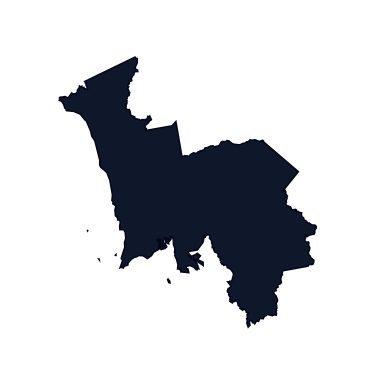 outline of Lockhart River, Queensland, Australia, rotated 165°
{"feature_id": "25037944B30530613092043", "entity_name": "Lockhart River", "entity_type": "district", "adm_level": 2, "iso_a3": "AUS", "parent_name": "Australia", "parent_adm1": "Queensland", "projection": "orthographic", "projection_center": [143.259, -13.018], "detail": "fine", "context": "isolated", "style": "filled", "palette": "ink", "viewbox_px": 384, "rotation_deg": 165, "n_neighbors": 0, "source": "geoboundaries", "source_scale": "gbopen_adm2", "svg_char_len": 6042}
<svg xmlns="http://www.w3.org/2000/svg" viewBox="0 0 384 384"><g transform="rotate(165 192 192)"><path d="M296.5,314.9L294.6,313.4L294.0,312.2L293.3,309.6L293.1,305.7L292.4,305.2L292.3,303.1L285.4,300.5L279.7,296.0L277.0,289.7L275.7,288.0L274.1,276.8L274.4,272.0L272.6,266.5L272.9,246.6L274.2,241.9L273.7,239.5L269.3,233.1L268.3,224.9L269.6,209.9L271.6,204.5L270.8,203.3L271.5,200.9L269.6,198.9L269.4,197.8L271.2,194.4L272.1,188.8L270.7,186.6L271.0,184.2L270.0,184.1L268.9,182.1L270.8,177.5L271.4,174.2L267.8,173.3L267.0,170.5L268.0,164.3L270.3,160.7L271.3,156.0L277.6,146.2L277.7,145.8L276.8,145.0L277.0,143.4L281.1,137.5L280.4,137.7L277.9,136.3L277.0,137.7L272.8,138.0L272.3,139.8L267.7,142.8L264.7,143.8L262.3,143.7L260.0,144.4L255.8,143.1L252.4,139.3L247.6,141.0L244.6,143.8L239.0,145.2L236.7,151.3L238.2,154.4L237.8,155.3L236.3,155.3L234.8,154.2L235.2,151.1L234.4,150.5L232.5,151.3L231.8,153.3L230.0,155.0L226.9,152.4L224.8,152.5L224.4,154.4L223.9,153.8L223.3,154.0L223.5,153.1L222.3,151.8L223.5,146.1L223.2,141.6L224.6,138.2L224.3,136.0L225.1,135.3L224.4,131.2L224.4,125.3L225.9,121.4L224.5,121.4L224.3,120.4L223.0,120.1L223.6,117.8L216.0,114.9L215.8,118.8L217.2,119.3L216.9,121.6L213.0,121.5L209.9,119.1L208.0,115.7L207.0,115.5L205.6,116.7L205.3,116.4L205.8,123.1L209.9,128.4L209.4,129.4L211.3,130.4L210.4,130.8L209.9,130.1L209.1,130.3L210.5,132.0L211.5,135.5L201.8,134.6L194.2,140.7L191.8,145.8L191.7,145.2L190.9,144.9L190.3,146.0L187.3,146.7L186.1,145.1L187.1,142.9L185.7,140.0L186.3,137.3L185.8,136.1L186.9,133.0L185.3,132.7L186.1,131.1L185.6,128.3L185.0,127.5L184.2,127.5L182.9,125.4L183.6,123.0L182.8,121.5L181.8,121.2L182.5,118.8L181.8,117.7L182.5,116.7L181.7,114.4L180.7,114.3L180.3,112.8L178.8,113.1L177.6,112.2L177.4,109.6L176.2,109.2L175.8,108.2L174.8,107.7L173.3,103.9L173.2,101.7L176.4,96.2L177.2,95.5L178.6,96.2L179.2,95.7L180.9,96.0L178.8,91.4L179.6,90.1L182.2,89.2L183.3,87.7L183.6,86.2L182.6,85.1L183.2,83.2L182.8,81.4L181.9,81.0L183.5,78.0L183.2,77.0L183.7,76.5L182.1,74.8L182.1,75.3L181.6,75.6L181.3,75.1L180.7,75.8L180.3,75.4L179.7,75.9L179.2,75.1L177.3,75.8L176.5,73.6L176.8,70.7L175.3,68.2L175.8,67.3L173.6,64.6L172.6,65.7L171.8,65.2L170.6,63.6L170.7,61.9L168.9,60.1L170.6,59.3L171.0,56.2L172.0,55.7L171.9,52.8L172.8,52.0L173.0,50.4L172.7,46.9L170.3,48.4L170.5,49.8L169.6,52.8L167.9,52.2L167.2,49.8L165.8,49.4L165.5,48.4L163.0,50.8L161.2,49.7L159.3,52.3L156.0,51.1L154.3,53.2L152.6,53.3L151.0,54.3L146.4,51.7L144.4,52.0L142.5,51.2L141.7,53.1L141.8,55.1L140.9,55.6L141.1,56.9L140.0,57.8L139.3,62.9L137.7,64.4L137.3,65.7L137.7,70.0L138.5,71.0L139.2,74.4L138.4,75.0L136.2,74.9L136.2,76.5L135.6,77.3L133.3,77.9L133.5,80.0L130.1,80.5L129.0,81.7L128.8,85.1L127.7,86.9L127.8,87.8L126.0,88.6L125.9,90.2L124.7,92.4L99.1,90.3L99.0,90.9L97.0,91.6L95.1,90.8L93.6,91.1L92.4,93.1L92.0,94.7L94.3,98.1L94.4,99.6L95.5,101.3L95.0,104.0L93.8,105.1L92.6,107.9L93.2,110.5L92.2,112.5L92.6,113.7L94.4,113.9L95.8,116.0L94.0,118.7L93.5,120.8L92.4,119.1L89.7,120.0L84.9,119.7L83.9,121.0L83.0,123.9L81.7,124.5L80.9,126.3L81.5,128.0L85.2,129.4L85.6,130.4L86.5,130.8L86.6,131.6L88.0,131.9L89.5,134.8L90.9,136.0L90.9,138.2L92.3,139.8L92.1,142.2L91.4,143.4L93.4,144.3L94.8,146.0L96.3,146.4L95.9,147.8L96.4,148.4L99.7,148.8L101.3,148.5L100.2,149.4L100.7,152.2L104.5,154.8L104.2,157.2L103.4,157.6L103.3,159.0L101.6,161.7L101.8,163.0L100.9,163.4L102.0,166.3L101.3,167.6L101.6,169.5L103.5,169.8L84.0,184.1L110.2,222.4L109.7,222.8L110.4,223.7L113.8,223.4L118.0,226.4L120.4,226.3L122.4,227.4L124.7,225.9L126.1,226.4L128.2,225.5L130.0,225.8L133.6,225.2L139.1,227.3L140.8,228.6L143.1,231.8L145.1,232.7L146.6,231.9L149.5,233.0L150.9,232.7L153.3,230.2L155.0,229.7L156.8,230.0L158.3,229.6L159.8,231.3L162.4,231.6L165.8,230.9L168.1,231.2L169.9,229.4L171.1,229.7L171.5,229.1L173.4,229.8L173.8,228.8L175.6,229.4L175.9,228.5L178.9,228.4L180.0,229.4L180.8,229.4L184.0,228.5L185.4,227.3L189.6,229.0L191.3,228.8L192.5,229.2L189.3,264.3L194.2,261.1L220.4,263.4L219.6,265.1L220.8,266.3L220.2,267.5L220.3,268.7L219.1,268.7L216.3,270.0L214.7,271.6L212.5,272.3L213.1,276.3L213.6,275.9L215.2,276.6L216.2,274.4L218.2,274.0L221.8,274.9L223.2,274.5L224.0,275.6L227.9,277.7L228.3,278.4L227.8,279.2L228.0,279.6L230.8,281.5L231.2,282.2L230.9,285.8L231.3,288.0L232.9,288.0L234.6,290.4L234.7,290.8L233.6,291.1L233.2,292.4L233.8,293.2L232.1,294.0L231.1,297.2L231.4,298.0L230.3,299.3L230.5,300.2L229.0,301.3L227.8,301.5L226.4,304.3L227.3,305.0L226.8,305.9L227.2,308.6L226.0,310.0L226.5,310.2L226.6,311.4L224.4,313.0L224.4,313.8L223.5,314.7L221.4,315.0L221.2,317.3L219.1,319.7L218.0,320.1L216.9,322.2L215.6,323.0L213.2,322.3L213.0,324.0L214.7,325.4L214.4,327.4L211.4,330.9L210.3,335.0L211.7,336.0L212.1,337.1L266.8,326.6L266.4,326.2L267.0,325.1L266.4,323.8L266.7,322.6L266.1,318.5L267.3,318.4L268.1,319.3L269.2,319.4L269.3,321.1L270.9,320.9L271.4,321.8L270.9,322.6L272.6,322.7L273.3,323.5L274.0,321.9L276.4,320.1L276.4,319.1L278.2,317.2L281.4,317.5L282.8,318.8L283.9,317.8L283.3,317.3L283.8,316.5L285.0,316.9L286.6,315.5L287.6,315.3L288.8,315.9L289.4,316.9L295.1,317.7L295.8,317.1L295.1,316.2L296.5,314.9ZM202.8,131.5L204.0,130.8L209.8,129.9L208.0,128.9L207.6,126.5L206.7,125.1L204.5,123.7L203.7,122.1L200.2,118.1L199.4,121.3L204.1,125.4L200.3,128.2L202.8,131.5ZM226.7,150.1L225.0,151.5L227.5,152.2L228.8,153.7L229.9,153.8L230.6,150.3L228.5,149.6L226.7,150.1ZM234.1,146.6L235.1,147.8L236.4,147.7L237.4,146.8L237.7,145.7L236.7,144.3L234.2,144.4L234.1,146.6ZM232.8,144.4L230.5,145.7L230.8,147.1L232.3,147.4L233.8,147.0L233.7,144.7L232.8,144.4ZM235.5,148.1L236.3,151.9L235.4,153.7L237.6,154.2L236.5,151.3L237.4,148.8L237.1,147.9L235.5,148.1ZM231.5,149.3L232.6,150.1L234.8,149.3L233.9,148.2L232.6,148.0L231.2,148.1L231.5,149.3ZM238.3,113.6L237.9,110.4L236.7,109.8L236.6,111.7L237.7,114.1L238.3,113.6ZM227.7,148.6L228.3,149.2L229.8,149.4L227.9,147.9L227.7,148.6ZM281.6,151.3L282.5,150.8L282.4,150.5L281.8,150.4L281.6,151.3ZM299.1,150.4L299.0,151.2L299.5,151.4L299.1,150.4ZM303.1,182.5L302.9,181.4L302.7,181.6L303.1,182.5Z" fill="#0f172a" stroke="#020617" stroke-width="1.5"/></g></svg>